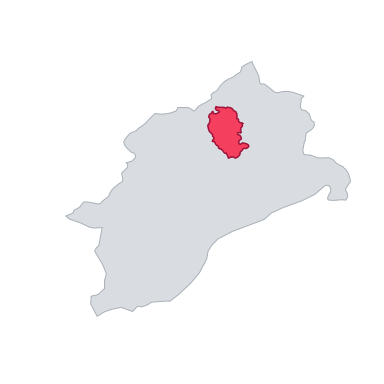 Bulgaria, with Pazardzhik highlighted, rotated 149°
{"feature_id": "BGR-2234", "entity_name": "Pazardzhik", "entity_type": "Province", "adm_level": 1, "iso_a3": "BGR", "parent_name": "Bulgaria", "parent_adm1": "", "projection": "robinson", "projection_center": [24.121, 42.158], "detail": "fine", "context": "in_parent", "style": "filled", "palette": "rose", "viewbox_px": 384, "rotation_deg": 149, "n_neighbors": 0, "source": "natural_earth", "source_scale": "10m", "svg_char_len": 3763}
<svg xmlns="http://www.w3.org/2000/svg" viewBox="0 0 384 384"><g transform="rotate(149 192 192)"><path d="M312.6,236.4L306.2,235.4L304.0,235.7L302.6,237.2L299.7,236.9L296.0,236.9L292.2,238.5L290.1,239.2L287.3,237.7L282.0,233.2L278.7,230.1L276.3,229.3L274.0,230.2L265.5,231.3L263.5,233.1L259.6,235.1L255.6,236.1L249.9,236.8L246.9,236.7L245.3,237.7L243.9,240.6L243.0,243.5L242.2,244.7L235.1,246.1L233.5,247.8L233.1,249.4L233.3,251.0L227.6,249.4L223.2,250.5L222.2,251.7L221.3,253.5L221.8,255.4L223.5,257.2L225.0,262.2L225.6,267.2L224.7,270.1L221.5,272.1L214.8,274.3L208.3,273.2L205.4,274.1L200.6,274.4L196.1,275.0L189.3,277.0L183.2,278.2L177.6,274.1L171.0,271.2L164.1,269.6L161.7,270.8L160.6,271.8L154.9,268.1L152.3,266.8L151.0,265.3L148.6,260.4L147.2,260.3L142.4,262.1L137.8,262.0L135.1,261.7L126.9,261.9L125.8,265.2L124.8,265.8L123.0,266.2L118.6,266.0L113.0,268.5L107.0,270.0L102.4,270.0L97.6,269.3L94.7,269.8L88.4,270.1L84.5,273.7L78.3,273.5L73.2,272.9L73.8,271.8L74.9,257.4L77.5,251.0L77.4,249.7L76.9,248.7L74.6,247.6L73.0,244.2L69.7,235.0L67.8,233.2L62.4,231.3L57.8,228.6L53.9,225.2L46.7,216.6L50.4,215.7L51.5,214.0L55.2,209.3L55.6,206.9L55.2,205.6L52.8,203.4L51.2,198.4L52.5,193.8L52.6,191.4L51.4,189.1L52.7,186.1L55.3,184.5L57.0,184.1L63.9,183.7L68.3,177.9L70.9,176.0L73.7,172.7L75.0,171.5L76.2,168.9L76.6,166.2L71.2,162.5L69.3,159.7L66.9,156.7L63.6,154.5L57.0,150.9L54.5,147.2L53.4,142.4L51.6,138.7L49.7,136.4L49.4,134.4L48.6,132.1L48.4,127.4L50.0,121.2L51.1,119.0L53.3,118.4L59.3,115.1L59.6,110.9L60.7,108.3L62.6,106.8L64.3,105.8L67.6,108.2L75.4,112.1L79.3,115.0L79.1,116.7L77.2,118.5L73.8,120.2L71.8,122.5L71.2,125.3L71.7,127.3L74.1,129.0L88.3,126.7L102.7,127.9L122.0,131.7L134.8,133.1L144.3,131.3L161.8,134.5L178.2,137.5L193.9,138.4L202.6,136.1L208.8,132.9L214.0,126.9L227.1,119.0L239.7,114.6L256.3,111.0L267.4,109.8L268.9,111.0L283.2,118.3L289.5,118.3L294.6,119.6L296.5,121.5L297.8,122.0L304.5,120.2L307.6,124.1L312.3,129.7L320.4,132.5L327.5,134.2L329.8,134.4L337.3,134.3L336.5,148.2L332.1,154.6L325.3,152.5L316.7,154.3L312.2,161.6L309.7,163.8L307.4,166.3L306.0,175.9L305.9,191.5L302.7,193.4L299.6,194.0L287.3,207.7L294.6,211.6L297.9,214.5L303.3,222.7L311.0,231.9L312.6,236.4Z" fill="#d9dde1" stroke="#a8b0b8" stroke-width="1"/><path d="M143.3,202.3L142.8,205.0L142.7,207.9L143.7,208.1L144.3,209.6L144.2,210.2L144.3,211.4L144.7,212.7L144.7,213.8L145.6,214.2L146.6,215.9L146.0,217.4L146.0,218.2L146.8,219.2L147.1,220.8L146.9,222.4L146.9,223.6L147.7,224.1L148.4,224.9L147.7,225.8L146.4,226.1L145.3,226.9L145.5,229.3L144.9,230.6L145.2,232.2L145.9,234.9L145.4,237.6L144.9,239.2L144.1,241.0L142.4,241.8L141.0,242.6L139.0,245.2L139.0,247.9L137.0,249.5L134.3,249.6L133.4,250.4L132.6,250.3L132.9,249.3L133.1,248.3L131.3,246.7L128.9,246.4L127.2,246.6L127.3,248.0L128.2,248.7L128.9,249.5L129.0,251.4L127.6,252.7L126.8,252.3L126.2,251.3L120.9,248.0L120.4,247.1L119.8,246.4L118.9,246.6L118.0,246.5L117.0,245.5L115.9,244.8L114.6,242.7L114.4,240.1L113.6,239.2L113.1,238.1L113.3,237.2L113.3,236.0L114.5,233.5L115.8,232.1L114.9,231.1L114.9,229.8L115.5,229.1L115.6,228.2L115.3,227.0L114.5,226.2L113.6,225.6L113.1,224.4L114.0,224.2L114.7,223.8L114.6,223.0L114.9,222.5L117.1,221.7L118.7,219.6L119.0,217.9L120.1,217.6L120.7,218.3L121.3,218.9L122.3,219.2L123.0,218.3L123.0,217.4L122.3,216.8L121.5,214.7L122.3,212.1L124.2,211.9L126.0,211.2L126.8,209.0L126.1,207.9L123.7,208.2L121.9,206.8L121.3,206.0L120.6,205.4L119.9,204.4L119.5,203.2L119.8,201.9L121.2,201.4L122.4,201.3L123.7,201.7L124.7,202.5L125.9,202.8L128.1,201.7L129.2,201.6L130.3,201.2L131.6,199.5L133.3,198.8L134.1,198.7L135.0,198.4L136.3,198.5L137.6,198.9L138.1,199.8L138.4,200.8L139.2,201.1L140.1,201.4L140.6,202.1L141.4,202.1L142.3,202.0L143.3,202.3Z" fill="#f43f5e" stroke="#9f1239" stroke-width="1.5"/></g></svg>